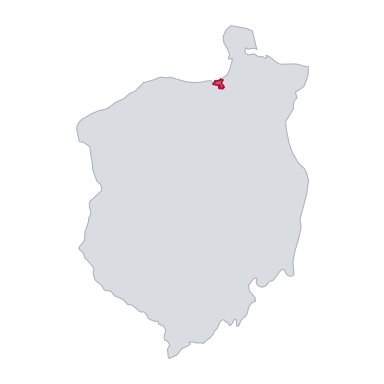 Galati, Galati, Romania shown in context, rotated 271°
{"feature_id": "2599482B19472284697606", "entity_name": "Galati", "entity_type": "district", "adm_level": 2, "iso_a3": "ROU", "parent_name": "Romania", "parent_adm1": "Galati", "projection": "orthographic", "projection_center": [28.069, 45.5], "detail": "fine", "context": "in_parent", "style": "filled", "palette": "rose", "viewbox_px": 384, "rotation_deg": 271, "n_neighbors": 0, "source": "geoboundaries", "source_scale": "gbopen_adm2", "svg_char_len": 5593}
<svg xmlns="http://www.w3.org/2000/svg" viewBox="0 0 384 384"><g transform="rotate(271 192 192)"><path d="M305.5,219.2L309.2,224.5L314.0,227.2L325.1,230.1L326.1,229.8L326.2,229.2L325.4,228.5L325.3,227.5L325.8,226.3L327.4,226.2L329.9,227.2L334.6,225.6L341.6,221.3L348.0,220.4L353.9,222.8L357.0,225.6L359.0,228.3L358.4,231.7L358.1,233.9L356.7,242.6L355.7,245.9L354.0,249.6L335.7,254.3L336.9,252.2L336.4,248.5L335.6,245.7L337.3,243.2L333.1,242.3L331.4,243.7L330.0,246.1L331.3,251.6L329.3,254.7L328.5,256.4L328.5,260.5L327.3,262.2L327.1,264.2L330.0,263.6L328.7,267.1L323.3,273.9L321.3,277.9L321.9,293.8L319.5,303.3L319.3,306.1L313.4,306.2L311.6,306.0L306.0,304.6L299.6,302.1L295.9,297.2L293.6,293.7L288.2,295.2L287.2,294.8L285.8,293.1L281.7,291.9L276.8,291.9L265.7,285.4L264.5,284.3L255.7,285.3L242.6,288.2L232.5,291.9L222.0,298.6L217.7,303.7L212.7,306.4L205.7,308.3L193.3,307.0L180.5,303.9L166.8,300.5L159.2,301.7L149.2,300.0L134.1,295.8L122.8,294.1L111.5,295.4L109.8,293.7L109.5,292.0L110.0,289.5L111.7,287.6L114.5,286.3L116.1,284.8L116.3,283.3L113.4,280.6L107.5,276.7L105.1,274.4L104.5,273.8L104.4,271.9L103.2,270.3L100.9,269.0L99.2,266.9L98.1,263.9L98.6,261.1L100.6,258.7L103.1,257.7L106.0,258.3L107.2,257.6L106.9,255.8L104.2,253.3L99.1,250.1L93.8,251.3L87.9,256.7L84.0,257.4L81.9,253.3L77.8,250.6L71.8,249.4L68.2,247.6L67.0,245.2L64.4,243.2L58.7,240.9L58.8,239.1L59.8,238.7L61.9,238.7L64.7,238.6L65.2,237.6L65.3,236.7L63.2,235.4L61.1,234.4L60.0,233.5L59.3,232.5L59.3,231.6L60.0,231.0L60.8,231.1L61.8,230.6L62.4,228.5L63.8,226.8L64.7,226.3L64.7,225.0L64.0,223.7L62.8,222.5L61.1,221.7L55.7,219.4L53.2,216.6L51.5,216.4L48.9,214.7L46.2,212.3L43.9,208.9L41.4,206.6L40.8,205.7L40.8,204.9L41.4,204.1L41.4,203.1L41.0,199.9L41.8,196.7L41.9,193.6L42.0,192.2L41.5,191.8L41.0,192.2L40.3,192.7L39.6,192.8L37.9,190.4L35.8,185.6L34.2,183.9L31.1,181.5L28.5,179.4L26.8,175.4L25.0,172.3L26.5,171.2L34.6,170.2L38.2,172.3L39.9,171.8L41.6,170.6L42.6,169.6L42.9,168.4L43.8,167.0L46.6,166.6L53.6,168.1L56.6,166.3L57.8,165.3L58.6,162.9L59.5,161.0L62.2,160.2L62.3,158.4L62.1,156.4L63.9,152.2L64.9,150.4L66.4,149.9L68.3,148.7L71.5,146.1L71.0,143.5L71.8,141.7L75.2,137.5L78.0,133.3L78.1,131.2L78.6,129.3L80.8,127.4L83.3,124.9L86.8,116.6L88.0,115.3L90.0,113.8L91.5,112.4L92.1,106.8L93.5,105.3L96.2,103.7L98.9,101.0L101.2,97.7L102.9,96.3L105.0,96.0L107.3,94.8L109.9,94.5L112.3,95.3L113.8,95.1L116.3,93.6L122.7,87.7L123.6,86.5L124.9,85.7L129.8,83.9L131.2,81.8L133.0,79.9L135.1,80.2L141.8,85.4L149.3,85.6L150.6,85.8L151.1,85.9L152.0,86.4L161.8,89.3L163.3,89.1L163.8,88.9L167.7,91.1L171.3,91.0L174.7,89.8L178.2,89.5L181.4,90.4L183.7,93.3L189.9,99.5L191.7,101.7L194.6,101.5L197.9,100.5L201.3,96.7L211.5,92.6L219.2,91.8L226.7,90.2L235.4,89.1L238.0,85.5L239.5,83.1L240.5,78.5L245.2,77.3L249.6,76.4L251.2,75.9L254.4,75.7L256.9,76.2L260.7,78.5L263.4,81.4L264.4,83.7L266.7,86.9L269.1,91.4L271.7,97.4L272.3,100.5L273.2,103.7L275.2,107.7L279.0,112.2L279.6,113.0L281.3,116.1L284.6,123.0L287.5,125.8L289.9,128.8L291.1,131.8L292.9,134.5L297.0,138.2L300.4,141.5L303.2,151.0L305.1,155.3L306.3,158.6L305.7,165.4L306.5,168.3L304.9,173.6L302.1,184.2L301.4,192.7L301.9,197.2L302.0,200.1L302.7,202.0L303.4,205.9L303.6,209.2L302.5,210.2L301.1,211.0L300.5,211.7L301.9,213.2L303.7,216.0L305.5,219.2Z" fill="#d9dde1" stroke="#a8b0b8" stroke-width="1"/><path d="M299.0,221.6L299.0,221.4L299.3,221.0L299.4,220.9L299.8,220.6L300.1,220.4L300.4,220.1L300.5,220.0L300.8,219.9L301.0,219.8L301.4,219.7L301.7,219.7L302.3,219.8L302.5,219.9L303.0,220.2L303.5,220.5L304.0,220.9L304.4,221.1L304.6,221.1L304.8,220.9L304.8,220.7L304.7,220.4L304.7,220.2L304.7,219.8L304.7,219.7L304.7,219.2L304.8,218.8L304.8,218.7L305.0,218.5L305.1,218.4L305.3,218.4L305.1,218.2L304.9,218.2L304.7,218.1L304.5,217.9L304.4,217.9L304.4,217.7L304.2,217.5L304.2,217.1L304.1,216.9L304.0,216.7L303.9,216.6L303.7,216.7L303.7,216.3L303.6,216.2L303.4,216.2L303.6,216.1L303.7,215.9L303.8,215.8L303.8,215.7L303.7,215.6L303.5,215.4L303.8,215.5L303.8,215.4L303.8,215.2L303.7,215.1L303.7,214.9L303.8,214.9L303.8,214.7L303.8,214.4L303.7,214.3L303.6,214.1L303.4,214.0L303.4,213.9L303.5,213.7L303.4,213.6L303.2,213.6L303.3,213.4L303.4,213.2L303.5,213.1L303.5,212.9L303.4,212.9L303.3,213.0L303.2,213.1L303.2,213.3L303.0,213.2L302.9,212.9L302.8,212.7L302.7,212.7L302.7,212.8L302.7,213.0L302.6,212.9L302.4,213.0L302.3,212.9L302.3,213.0L302.2,213.0L302.1,212.9L302.2,212.7L302.0,212.4L301.9,212.3L301.7,212.3L301.7,212.2L301.5,211.9L301.4,211.8L301.2,211.7L301.0,211.4L300.9,211.3L300.7,211.3L300.1,211.1L300.0,211.4L299.9,211.7L299.8,212.1L299.8,212.3L299.8,213.1L299.8,213.3L299.7,213.3L299.6,213.7L299.5,213.8L299.4,214.3L299.4,214.6L299.3,214.9L299.3,215.1L299.3,215.4L299.3,215.8L299.2,216.0L299.3,216.4L299.3,216.7L299.3,217.0L299.4,217.6L299.2,217.6L298.9,217.5L298.7,217.5L298.5,218.1L298.5,218.3L298.3,218.3L298.3,218.2L298.3,217.8L298.2,217.7L298.0,217.3L298.0,217.1L297.6,217.1L297.6,217.3L297.0,217.2L297.1,216.9L296.7,216.9L296.4,216.9L296.4,217.1L296.3,217.3L296.2,217.5L296.3,217.5L296.2,217.6L296.1,217.8L296.1,218.0L296.3,218.1L296.3,218.4L296.1,218.3L296.1,218.5L295.9,218.8L295.9,219.0L295.9,219.3L295.9,219.5L296.0,219.4L296.0,219.5L296.0,219.4L296.3,219.4L296.3,219.5L296.6,220.0L296.4,220.1L296.5,220.1L296.4,220.1L296.4,220.3L296.6,220.3L296.6,220.6L296.6,220.8L296.6,221.2L296.6,221.4L296.7,221.5L296.4,221.5L296.2,221.5L296.3,221.6L296.5,221.7L296.6,221.8L296.8,222.0L297.0,222.0L297.3,222.3L297.4,222.2L297.5,222.1L297.6,221.8L297.8,221.8L298.0,222.0L298.2,221.9L298.3,221.8L298.4,221.7L298.6,221.7L299.0,221.6Z" fill="#f43f5e" stroke="#9f1239" stroke-width="1.5"/></g></svg>